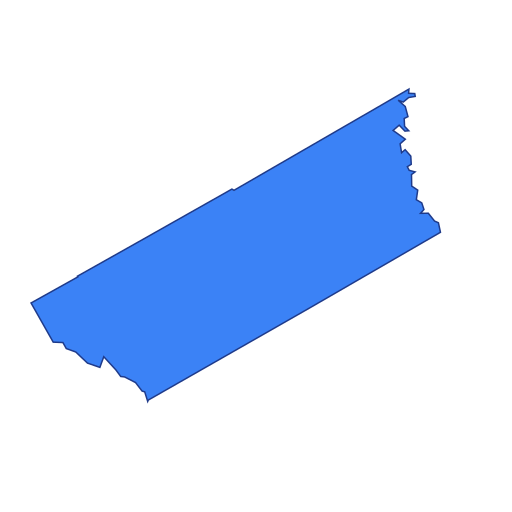 Carbon, Utah, United States of America (orthographic projection), rotated 330°
{"feature_id": "52423323B75729045949325", "entity_name": "Carbon", "entity_type": "district", "adm_level": 2, "iso_a3": "USA", "parent_name": "United States of America", "parent_adm1": "Utah", "projection": "orthographic", "projection_center": [-110.382, 39.641], "detail": "fine", "context": "isolated", "style": "filled", "palette": "blue", "viewbox_px": 512, "rotation_deg": 330, "n_neighbors": 0, "source": "geoboundaries", "source_scale": "gbopen_adm2", "svg_char_len": 861}
<svg xmlns="http://www.w3.org/2000/svg" viewBox="0 0 512 512"><g transform="rotate(330 256 256)"><path d="M161.7,185.0L91.3,184.2L91.3,185.0L37.7,184.2L37.3,229.2L45.5,234.4L45.4,241.3L51.9,249.0L56.5,264.5L65.1,274.4L73.8,267.1L77.7,284.6L78.6,292.7L81.7,295.0L88.4,305.4L89.8,316.0L91.7,318.0L89.5,327.8L90.7,326.9L276.3,327.8L427.6,327.7L430.6,318.4L428.1,315.0L426.6,305.1L419.8,301.3L424.7,299.7L426.1,292.9L423.0,287.4L429.0,279.8L425.8,273.3L431.4,263.2L435.8,262.7L431.5,258.4L431.7,254.3L436.3,254.2L440.0,246.9L438.3,238.5L433.7,239.3L436.9,230.9L443.7,229.5L437.5,215.8L445.4,214.3L447.4,222.3L450.9,223.9L449.5,218.0L453.1,211.0L457.3,211.3L460.0,201.2L457.0,192.2L460.5,196.3L467.5,195.1L473.7,197.4L474.7,194.7L469.5,191.4L471.9,187.9L442.1,188.0L269.8,188.1L268.6,186.0L161.7,185.0Z" fill="#3b82f6" stroke="#1e3a8a" stroke-width="1.5"/></g></svg>